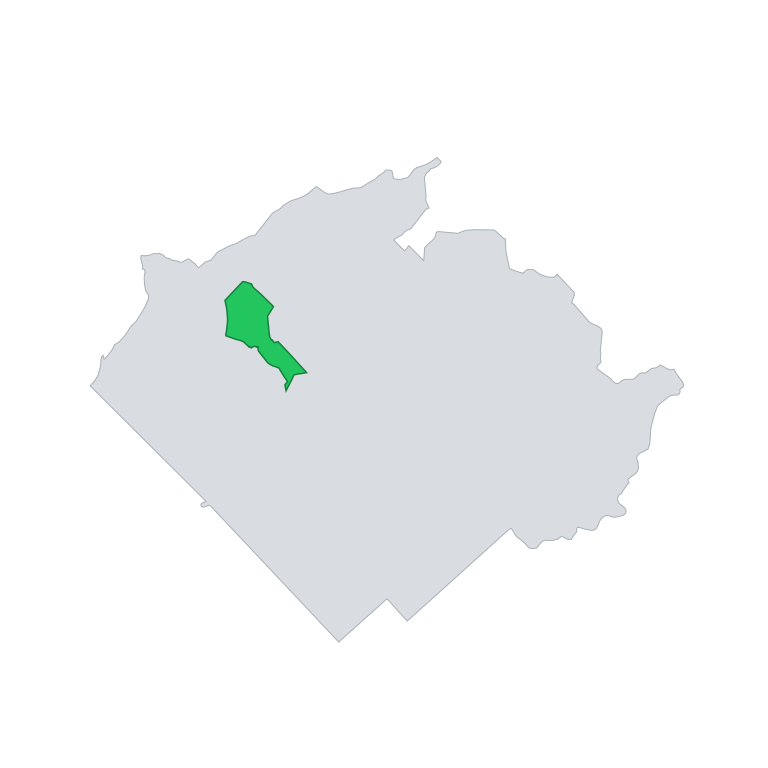 Ad Damar, River Nile, Sudan shown in context, rotated 225°
{"feature_id": "16777658B48152145505779", "entity_name": "Ad Damar", "entity_type": "district", "adm_level": 2, "iso_a3": "SDN", "parent_name": "Sudan", "parent_adm1": "River Nile", "projection": "orthographic", "projection_center": [33.881, 17.119], "detail": "fine", "context": "in_parent", "style": "filled", "palette": "green", "viewbox_px": 768, "rotation_deg": 225, "n_neighbors": 0, "source": "geoboundaries", "source_scale": "gbopen_adm2", "svg_char_len": 5513}
<svg xmlns="http://www.w3.org/2000/svg" viewBox="0 0 768 768"><g transform="rotate(225 384 384)"><path d="M506.9,581.7L500.9,581.7L500.2,580.3L500.3,576.4L501.0,573.5L503.2,568.8L502.6,566.3L503.0,562.6L501.4,558.5L487.1,546.6L484.3,543.3L476.6,540.3L477.9,536.9L474.8,512.5L476.4,509.7L476.9,505.4L476.8,501.6L478.7,495.4L478.9,492.7L463.8,492.5L463.6,495.2L464.2,498.2L464.2,499.4L443.1,499.3L451.5,509.0L451.8,513.2L451.4,518.4L451.4,521.8L451.9,524.0L454.2,528.3L454.0,529.1L453.5,530.1L438.4,542.7L435.8,548.6L433.8,551.7L429.4,556.8L415.6,570.3L413.3,571.1L402.9,571.5L401.8,571.8L401.0,572.4L400.6,572.2L391.7,564.1L376.7,554.2L366.7,559.0L364.0,560.8L363.9,565.4L362.4,567.7L359.6,570.2L352.2,571.7L348.4,573.0L343.8,575.5L339.3,579.7L338.9,582.0L339.4,584.0L314.0,583.2L312.3,581.5L308.8,574.2L306.2,574.6L283.1,573.0L279.8,573.6L273.2,576.3L269.8,576.7L266.5,575.2L254.7,560.6L252.1,558.8L249.4,555.3L246.9,553.7L246.0,552.6L245.8,551.1L246.0,548.0L245.2,546.0L243.3,545.5L227.0,548.1L224.7,547.6L221.2,548.0L220.1,548.5L218.6,550.3L218.3,554.2L217.8,556.1L216.5,558.2L211.8,562.8L210.7,564.8L210.8,570.1L210.4,572.8L209.7,574.0L207.6,575.9L206.8,577.1L205.9,583.8L203.2,587.8L202.6,589.2L202.4,592.1L201.9,593.0L194.6,595.0L191.8,596.3L190.0,598.5L189.6,599.5L186.5,598.5L182.5,597.7L174.9,596.6L171.9,595.4L170.4,593.7L171.0,589.6L170.3,588.7L169.1,587.9L168.3,586.1L168.5,584.0L172.7,579.4L173.6,577.0L175.0,565.1L174.8,561.5L171.8,554.7L164.9,542.7L163.2,540.4L154.4,530.4L153.4,528.9L151.3,524.8L154.1,516.1L154.3,513.7L153.8,511.2L151.6,509.2L149.5,508.8L146.9,506.3L145.2,505.2L143.7,503.0L142.8,500.0L144.0,489.7L143.5,488.3L141.2,487.8L140.7,487.0L140.9,485.1L139.9,479.1L138.7,474.1L139.5,471.5L137.8,467.7L134.1,465.8L126.9,466.6L124.6,466.3L123.1,465.5L122.1,464.1L121.6,462.4L122.2,460.1L124.5,455.8L127.2,452.3L132.6,449.4L134.0,447.7L134.9,445.8L135.1,443.6L134.9,441.2L134.4,439.0L133.0,436.0L131.8,432.6L131.9,430.3L132.6,428.7L134.1,426.9L139.4,423.4L144.8,420.5L145.8,419.4L145.5,418.1L143.2,415.3L142.7,410.2L141.5,406.5L144.3,404.0L146.4,403.2L149.5,402.5L150.7,401.5L151.2,399.4L151.2,397.3L152.4,395.9L154.0,392.7L155.3,391.3L159.5,387.7L160.5,385.3L160.9,382.9L160.1,375.7L162.6,372.8L165.7,370.5L169.9,370.9L176.5,370.7L181.1,369.9L184.3,370.1L191.5,371.9L192.3,371.3L192.8,369.4L199.9,232.8L229.6,234.2L230.0,234.0L233.6,169.5L420.1,175.1L421.7,174.9L424.7,168.9L426.0,168.5L427.9,168.9L428.5,170.3L426.9,175.2L590.5,174.9L591.0,182.3L592.5,188.2L597.3,196.5L601.3,201.0L602.8,203.5L603.0,204.6L602.8,205.7L601.6,204.5L599.5,203.7L599.3,207.7L600.4,215.7L602.2,221.4L601.1,226.6L601.5,235.5L603.8,246.2L603.5,253.0L607.3,268.8L610.8,277.6L612.7,279.7L614.8,280.8L618.8,281.5L624.8,285.9L629.6,290.5L631.3,293.0L633.6,295.6L635.2,295.1L636.1,294.4L637.7,296.5L645.2,301.1L646.4,303.3L643.8,305.5L640.8,309.3L639.4,312.8L638.6,313.9L636.1,316.1L635.7,317.2L634.7,317.9L633.5,317.9L631.0,319.2L628.7,318.8L626.4,319.6L625.6,320.4L623.8,321.1L621.3,321.6L617.5,324.6L614.1,326.1L613.0,327.3L611.3,333.1L610.0,334.7L605.0,334.9L602.6,335.5L599.2,334.9L597.6,335.0L597.2,336.2L596.7,341.2L596.8,343.4L594.0,349.1L595.0,359.8L592.4,367.8L592.0,369.7L589.3,376.0L588.0,378.4L584.6,390.3L583.2,393.9L580.3,397.8L583.7,426.1L581.3,434.9L581.4,439.6L579.7,446.6L578.3,449.9L576.1,453.8L574.2,458.2L572.6,464.0L571.6,474.9L571.0,475.9L562.0,477.3L559.1,478.1L557.2,479.4L554.9,482.2L550.3,489.9L547.9,494.6L544.1,501.0L539.7,505.6L538.7,507.8L538.0,511.9L536.4,518.5L534.9,523.1L535.2,526.8L533.8,533.3L534.0,536.4L532.5,538.2L530.4,539.8L528.9,540.2L522.6,535.9L518.1,538.9L515.3,543.1L513.1,547.3L514.4,556.2L514.3,558.2L513.7,560.3L509.4,569.1L508.2,573.1L506.9,580.0L506.9,581.7Z" fill="#d9dde1" stroke="#a8b0b8" stroke-width="1"/><path d="M446.8,337.3L448.8,337.4L449.6,337.5L451.1,337.5L457.8,337.8L466.8,338.3L483.1,338.9L489.0,339.0L490.5,336.0L491.3,335.8L492.0,335.7L492.6,335.8L493.0,336.0L493.3,336.1L493.6,336.1L493.8,336.1L494.1,336.1L494.5,335.7L494.9,335.6L495.0,335.8L495.4,335.7L496.6,336.1L497.8,336.3L501.5,339.0L506.8,343.4L507.7,344.1L513.3,348.8L514.3,349.6L516.0,357.0L516.8,360.3L516.9,360.6L520.9,360.6L534.9,360.4L543.5,359.9L545.6,359.9L545.8,360.0L547.1,360.5L548.4,361.1L554.8,357.8L556.3,356.4L556.1,349.8L555.9,340.7L555.7,334.6L555.6,331.3L555.6,330.7L554.6,330.0L553.5,329.4L551.3,327.9L550.4,327.3L549.3,326.5L546.1,324.1L543.9,322.2L541.9,320.5L540.6,319.4L539.4,318.2L537.5,316.0L535.6,313.5L533.2,310.6L532.6,309.8L531.2,307.7L530.9,307.3L530.8,307.1L530.5,306.9L529.9,306.3L529.7,306.4L529.0,306.7L528.5,307.0L524.2,309.0L520.0,311.0L519.1,311.7L516.1,313.3L515.1,313.7L513.0,314.5L508.3,314.7L508.2,314.7L507.0,314.8L505.6,314.6L505.4,315.0L505.2,315.3L505.0,315.5L504.8,315.5L504.7,315.4L504.6,315.5L504.4,315.6L504.2,315.7L503.9,315.7L503.7,315.7L503.3,315.6L503.2,315.7L503.2,315.9L503.2,316.0L503.2,316.3L503.2,316.7L503.2,317.1L502.8,317.8L502.6,318.7L502.5,318.8L502.2,319.0L501.6,319.5L501.2,319.8L500.4,319.8L500.1,320.1L499.8,320.4L499.9,320.7L499.9,320.8L499.7,321.1L499.2,321.3L499.1,321.1L499.0,320.9L499.0,320.7L498.6,320.1L495.9,318.5L483.3,317.0L481.0,316.7L476.1,317.9L469.7,321.0L462.0,319.1L458.3,318.3L455.6,317.8L454.0,317.5L453.9,317.4L453.5,313.4L448.5,310.0L448.7,310.6L449.4,312.7L450.0,314.7L451.0,318.0L451.8,320.4L452.3,321.8L454.1,326.8L453.0,328.5L452.6,329.1L452.3,329.6L450.6,332.0L450.0,332.7L449.7,333.2L448.0,335.6L447.5,336.4L446.8,337.3L446.8,337.3Z" fill="#22c55e" stroke="#15803d" stroke-width="1.5"/></g></svg>